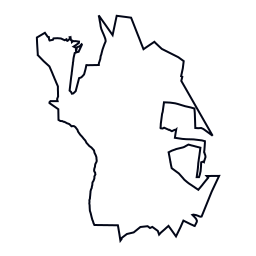 Osumacinta, Chiapas, Mexico
{"feature_id": "50627088B17326140216089", "entity_name": "Osumacinta", "entity_type": "district", "adm_level": 2, "iso_a3": "MEX", "parent_name": "Mexico", "parent_adm1": "Chiapas", "projection": "equal_earth", "projection_center": [-93.085, 16.896], "detail": "fine", "context": "isolated", "style": "outline", "palette": "ink", "viewbox_px": 256, "rotation_deg": 0, "n_neighbors": 0, "source": "geoboundaries", "source_scale": "gbopen_adm2", "svg_char_len": 4972}
<svg xmlns="http://www.w3.org/2000/svg" viewBox="0 0 256 256"><path d="M212.6,135.7L181.3,80.9L182.3,76.8L181.1,76.2L182.8,68.4L183.7,61.1L178.3,57.2L161.8,48.9L158.9,46.2L155.2,42.7L154.4,41.8L148.3,45.9L145.8,47.6L143.5,49.2L141.1,43.2L139.3,38.5L137.7,34.5L135.7,29.4L133.2,23.0L131.1,17.7L126.8,17.1L122.1,16.5L116.7,15.8L115.9,19.5L114.0,28.5L112.6,35.1L104.9,24.1L101.4,19.2L99.6,16.6L98.7,15.4L99.0,16.8L99.3,17.9L99.5,19.2L99.7,20.6L99.9,21.6L100.1,22.6L100.4,24.3L100.6,26.1L101.3,29.0L102.8,32.6L103.4,33.9L104.5,36.6L105.3,38.8L105.6,40.5L105.6,41.5L104.4,44.3L103.6,46.5L102.5,49.6L101.5,53.5L101.3,54.5L100.7,56.0L100.3,58.9L99.5,61.4L98.9,63.1L98.8,65.0L93.4,65.1L91.6,65.1L90.9,65.1L88.7,65.2L86.4,65.1L86.2,65.7L86.2,66.0L85.5,69.2L84.2,74.0L84.0,74.5L81.9,76.8L80.8,77.6L79.1,78.1L75.7,91.1L74.7,92.1L73.3,93.4L72.9,93.5L71.9,93.7L71.1,92.0L69.6,90.6L71.1,77.7L71.3,76.2L71.6,74.3L71.8,72.2L72.0,71.1L72.1,70.0L72.3,68.1L72.7,65.2L72.9,63.9L72.9,62.8L73.2,61.5L73.3,60.6L73.3,60.2L73.5,58.6L73.6,57.9L73.8,56.9L74.0,56.1L74.6,53.5L74.6,53.3L74.7,53.0L76.4,52.4L76.5,52.3L77.4,52.1L78.6,51.8L81.9,44.7L81.7,44.3L81.6,44.2L79.7,46.3L76.9,47.3L76.1,51.6L75.9,49.8L76.2,48.4L75.9,47.8L73.6,46.6L76.5,44.7L78.9,42.9L79.0,41.6L75.5,41.1L74.0,41.2L73.2,41.0L71.9,42.1L71.7,40.3L70.9,40.0L70.5,37.2L70.3,37.3L70.1,37.4L69.7,37.3L69.8,38.4L69.5,39.1L68.9,39.6L67.5,40.9L67.3,40.9L66.9,40.4L66.6,40.3L66.4,39.3L64.6,40.2L64.4,40.1L61.0,38.5L57.4,38.2L53.5,38.4L52.9,39.8L50.0,40.4L49.8,40.4L49.7,40.5L49.5,40.4L49.0,39.0L48.9,38.7L48.9,37.8L48.9,37.1L47.7,36.8L44.9,32.8L38.8,36.4L36.9,37.5L36.9,38.5L37.1,43.2L37.2,45.0L37.8,54.6L37.7,55.0L43.7,61.2L49.4,66.4L51.5,71.2L52.4,73.3L53.3,75.6L53.7,76.4L54.6,78.7L55.5,80.7L56.0,82.0L56.6,83.4L57.1,84.5L57.9,86.4L57.9,87.1L57.9,90.0L58.0,92.1L58.0,93.7L58.1,96.4L57.1,99.1L57.6,101.1L50.5,101.1L49.5,102.2L49.5,103.1L58.3,109.2L58.5,119.9L60.4,121.0L62.3,121.1L63.6,121.8L64.3,121.8L65.5,122.4L67.1,123.3L68.1,123.6L69.3,124.1L70.6,125.3L71.5,126.3L72.2,126.2L72.9,126.0L74.1,126.2L75.4,127.1L76.5,128.6L77.4,129.7L78.1,131.7L80.2,134.7L82.0,136.6L84.0,139.1L85.3,140.5L86.5,142.9L87.9,144.4L89.3,146.0L91.4,147.5L94.0,150.4L94.5,152.8L95.7,155.2L96.4,157.2L96.5,159.0L96.7,160.3L96.6,161.6L95.4,163.9L95.1,165.1L95.0,166.7L94.4,168.4L94.1,170.1L94.3,171.5L95.1,172.5L95.2,173.5L95.4,174.4L94.4,176.4L94.4,178.2L94.0,179.5L93.4,181.0L92.5,182.4L92.4,183.3L92.3,185.1L91.9,186.4L91.7,188.0L91.0,189.5L90.5,191.5L90.5,192.3L90.4,193.1L90.3,194.3L90.2,195.5L90.0,197.3L89.9,198.7L89.4,200.1L89.5,202.1L89.3,203.2L89.6,205.2L89.7,207.9L89.8,209.4L89.9,210.8L90.7,213.3L91.6,217.1L92.4,220.0L92.9,221.0L93.4,222.7L93.6,223.4L94.0,224.1L94.4,225.0L111.0,225.2L117.9,225.3L118.2,227.0L119.4,234.2L120.4,240.6L121.6,239.0L121.6,238.0L126.9,234.0L133.7,232.4L140.4,227.0L147.6,226.2L150.0,228.0L152.3,226.9L157.8,230.9L159.1,234.6L160.9,232.6L164.7,229.3L166.1,228.0L168.5,225.9L169.1,226.8L170.1,228.1L176.0,236.4L180.4,227.4L183.4,220.6L191.0,224.4L192.7,225.1L194.0,225.8L194.7,226.0L196.0,223.5L196.8,221.8L196.9,220.7L196.1,218.9L194.7,217.2L192.4,214.9L193.3,214.6L196.1,215.1L198.3,215.9L199.3,216.4L200.2,216.6L200.7,216.7L201.6,216.5L203.6,211.6L211.7,191.6L219.1,175.9L206.6,176.0L207.1,176.6L208.2,177.7L207.8,178.2L207.7,178.3L206.8,179.4L206.1,180.2L203.2,183.8L202.3,185.0L199.8,188.0L199.4,188.4L198.3,189.8L196.7,188.7L196.1,188.3L195.6,188.0L194.4,187.1L194.1,186.9L193.0,186.2L191.7,185.3L189.7,184.0L189.1,183.6L187.4,182.3L186.2,181.3L184.3,179.7L182.9,178.0L182.0,177.0L178.8,173.4L177.0,172.1L171.7,168.2L170.9,164.6L170.5,162.1L170.4,162.1L170.0,159.6L169.3,155.8L169.0,154.4L168.9,153.5L168.6,152.3L172.0,150.6L175.7,149.3L176.0,149.1L183.0,147.4L184.3,146.9L186.2,145.8L188.4,144.6L189.7,144.9L190.4,145.1L191.7,145.5L192.3,145.6L193.5,145.9L195.0,146.3L196.0,146.6L196.6,146.7L197.5,147.0L198.1,147.1L198.9,147.3L199.6,147.5L200.4,147.7L200.2,149.3L199.6,153.7L199.5,154.6L199.0,158.0L198.7,160.0L198.6,161.0L198.4,162.2L198.3,163.0L198.2,164.1L198.2,164.6L198.1,165.7L198.1,165.8L198.0,166.4L198.0,167.0L198.0,167.3L197.9,167.7L197.9,168.1L197.5,171.4L197.3,172.6L196.7,177.1L199.0,177.1L199.8,174.6L200.6,171.1L201.0,166.5L201.1,163.9L201.2,162.3L203.5,161.5L203.7,161.9L203.9,161.8L204.0,161.9L204.1,161.4L205.5,157.1L205.4,155.9L205.0,154.4L204.6,153.7L204.6,153.1L204.1,152.2L204.4,149.8L204.7,145.9L204.9,142.9L204.9,141.2L201.9,140.4L193.6,139.4L186.3,139.2L182.3,138.9L174.9,137.8L175.4,134.3L175.6,133.1L176.2,129.4L175.6,129.9L174.5,129.9L171.9,131.2L170.3,130.4L169.5,129.8L168.9,129.9L168.1,129.5L164.1,127.7L162.7,128.5L160.8,128.3L160.5,128.0L160.7,126.1L160.8,123.8L162.1,113.8L162.5,112.5L162.7,111.7L164.0,102.3L170.0,102.6L175.1,103.3L177.1,103.8L178.2,104.1L182.1,105.3L183.8,105.8L185.1,106.2L190.9,107.5L193.7,108.3L194.4,108.5L194.8,113.2L195.1,121.8L195.2,125.0L195.3,128.0L198.2,128.2L201.2,128.0L203.4,129.0L212.6,135.7Z" fill="none" stroke="#020617" stroke-width="2"/></svg>